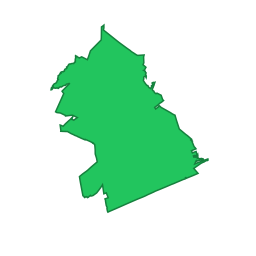 the district of Mapastepec, Chiapas, Mexico, rotated 293°
{"feature_id": "50627088B6586948636564", "entity_name": "Mapastepec", "entity_type": "district", "adm_level": 2, "iso_a3": "MEX", "parent_name": "Mexico", "parent_adm1": "Chiapas", "projection": "orthographic", "projection_center": [-92.868, 15.447], "detail": "fine", "context": "isolated", "style": "filled", "palette": "green", "viewbox_px": 256, "rotation_deg": 293, "n_neighbors": 0, "source": "geoboundaries", "source_scale": "gbopen_adm2", "svg_char_len": 5716}
<svg xmlns="http://www.w3.org/2000/svg" viewBox="0 0 256 256"><g transform="rotate(293 128 128)"><path d="M171.1,145.7L171.4,141.1L171.3,140.9L170.8,140.6L170.5,140.4L170.8,139.1L170.9,138.6L171.0,138.4L172.0,137.4L172.1,136.6L172.4,135.8L172.7,135.5L173.4,135.3L173.9,135.1L174.7,135.3L176.1,135.2L177.6,135.2L179.4,134.9L180.1,135.0L180.6,134.9L180.0,134.3L179.9,133.4L178.8,132.6L178.1,133.4L177.6,134.5L177.1,134.4L177.2,134.0L176.3,133.2L176.0,133.7L175.6,133.5L173.3,133.4L173.2,133.4L173.3,132.7L173.2,132.3L173.6,131.1L174.8,129.7L174.6,128.6L174.9,128.2L175.0,127.8L175.8,126.5L176.2,125.8L176.8,124.9L177.1,124.4L177.5,123.8L178.0,123.5L179.2,123.4L180.8,122.7L181.3,122.7L181.8,123.0L182.0,123.2L182.3,124.1L181.5,125.0L182.0,124.9L182.4,124.8L183.1,124.2L183.4,124.2L183.7,124.0L183.7,123.8L183.7,123.5L183.9,123.3L184.6,123.1L185.3,123.2L185.5,123.1L185.8,123.1L186.1,122.6L186.2,122.2L186.5,121.9L186.8,121.8L187.0,121.6L187.0,121.1L187.2,120.0L187.6,120.5L190.9,120.8L192.1,117.1L194.2,117.1L199.5,114.6L201.5,114.3L198.6,108.5L198.6,107.4L199.7,101.0L200.1,100.1L201.1,95.4L201.8,92.5L202.5,89.5L203.3,86.1L208.6,67.1L210.7,66.7L213.3,65.6L212.2,65.0L211.6,64.9L211.3,64.7L211.2,64.4L210.7,64.1L200.9,68.1L198.5,68.9L184.4,63.3L178.3,63.8L175.0,63.9L175.4,57.6L175.2,57.3L174.4,56.8L174.3,56.5L173.9,56.2L173.5,56.0L173.4,55.8L173.6,55.1L173.6,54.1L173.7,53.8L173.8,53.1L174.1,52.7L173.9,52.0L174.0,51.5L173.6,51.6L173.1,52.0L172.7,52.4L172.1,52.3L171.7,52.6L170.8,52.5L169.6,53.2L169.4,53.2L169.1,53.1L168.3,53.7L168.0,53.4L167.7,53.3L167.6,53.1L167.0,52.9L166.6,53.0L166.2,52.9L166.0,52.6L165.8,51.8L165.4,51.1L165.0,50.6L164.6,50.3L164.4,50.0L164.4,49.7L164.1,49.4L163.9,48.9L162.9,48.5L162.4,48.6L160.8,48.2L160.4,47.8L160.1,47.6L159.9,47.7L159.9,48.1L159.6,48.3L159.4,48.3L158.7,48.2L158.4,48.0L158.0,47.4L157.3,46.9L156.7,47.0L156.5,46.9L155.8,47.2L155.3,47.1L155.1,46.9L155.0,46.5L154.8,46.3L154.5,46.3L154.4,46.3L154.1,45.4L153.9,45.1L153.5,44.9L152.8,44.2L152.4,44.3L152.3,44.9L152.1,45.0L151.9,44.8L151.7,44.4L151.5,44.2L151.1,44.1L150.6,44.2L150.3,44.0L149.9,44.0L149.2,43.6L148.9,43.3L148.6,43.3L147.8,43.7L147.4,43.9L146.5,43.8L146.0,43.9L145.6,44.2L145.6,44.9L145.5,45.0L145.4,45.0L145.0,44.7L144.7,44.5L143.7,44.4L143.0,44.5L142.6,44.5L142.1,44.2L141.2,44.2L139.9,42.9L138.7,42.4L138.2,42.4L137.4,42.8L137.0,42.9L137.0,42.5L137.0,42.1L136.9,42.1L136.1,42.5L135.2,41.9L134.8,41.8L133.6,42.2L133.1,42.2L133.2,42.5L133.6,42.9L133.9,42.8L134.1,43.0L134.3,43.1L134.5,43.2L135.0,43.2L135.2,43.4L135.6,43.4L136.0,43.9L136.2,44.3L136.1,44.7L136.1,45.2L136.2,45.3L136.3,45.7L136.5,46.2L137.1,46.8L137.3,47.6L137.1,48.1L137.3,48.5L137.8,48.7L138.3,48.7L138.6,48.8L139.2,49.4L139.3,49.7L139.7,49.9L139.8,50.3L139.7,50.5L139.8,50.8L141.1,51.5L141.8,52.1L142.2,52.6L142.9,53.7L143.1,53.9L143.9,54.0L144.4,54.3L144.7,54.7L145.0,55.5L145.7,56.0L145.9,56.5L146.5,57.0L136.1,52.9L134.6,55.4L114.6,55.0L114.4,56.5L115.4,59.9L115.1,65.8L114.7,65.9L118.0,71.6L117.6,72.8L118.1,72.8L117.8,77.3L114.0,75.0L114.1,74.2L113.9,72.8L117.0,72.8L113.2,71.5L111.7,70.7L107.5,68.8L104.2,67.6L104.3,65.2L104.2,64.4L99.4,67.2L98.7,67.4L101.1,73.8L100.6,77.9L100.6,80.1L100.4,82.4L100.6,83.6L100.4,85.0L100.4,87.3L100.3,88.6L100.3,89.6L100.3,90.5L100.3,93.1L100.8,93.1L100.8,97.5L100.6,101.7L100.2,101.6L99.9,103.7L98.2,104.7L95.1,106.3L91.5,107.9L91.0,108.2L88.1,110.7L84.8,112.9L77.4,109.2L73.4,107.4L71.4,106.3L70.5,105.7L67.8,104.1L64.3,102.3L59.1,105.6L48.0,113.0L47.9,113.9L47.7,114.3L47.4,114.6L47.1,114.9L47.0,115.2L47.1,115.4L47.3,115.5L47.9,115.6L48.1,115.9L48.2,116.5L48.3,116.7L48.7,116.9L48.4,117.5L48.1,117.8L48.1,118.0L49.2,118.8L49.8,118.9L50.5,119.3L51.2,119.7L50.8,120.1L51.2,121.0L52.2,122.2L56.0,124.5L59.8,125.5L62.9,126.2L65.8,126.7L64.2,127.7L58.0,131.5L59.8,133.4L56.1,137.0L53.7,134.5L52.7,135.5L51.7,136.0L48.4,138.1L47.2,139.2L47.1,139.4L46.7,139.8L46.3,140.0L45.6,140.1L43.5,141.5L42.7,142.4L44.0,143.5L50.2,149.4L58.1,156.8L66.0,164.3L70.8,169.1L72.3,170.5L75.0,172.8L76.0,173.8L79.4,176.9L80.4,177.7L83.8,181.1L88.6,185.8L93.3,190.3L94.5,191.6L98.4,195.3L98.5,195.5L98.9,195.8L102.1,198.9L103.4,200.4L104.0,200.9L104.3,201.0L104.5,200.9L104.5,200.6L104.8,200.3L105.0,200.5L105.0,200.8L104.9,201.2L104.7,201.3L104.7,201.6L105.1,201.9L109.8,206.6L113.6,210.2L116.5,204.3L124.0,209.0L125.9,210.6L126.2,211.0L126.5,211.3L128.3,212.5L129.0,213.7L129.4,214.1L129.8,214.2L130.7,213.6L129.0,211.8L128.1,210.5L126.9,209.5L126.2,208.6L125.8,208.3L124.0,206.7L123.4,205.8L122.5,205.1L121.0,203.5L124.9,203.6L125.0,204.2L124.8,204.2L124.3,203.8L124.3,204.3L124.9,204.7L125.2,205.0L125.6,205.8L125.9,206.0L126.3,206.6L126.9,207.2L129.2,209.9L129.0,209.6L128.9,208.9L128.7,208.6L128.7,208.4L128.8,208.0L128.7,207.6L128.5,207.1L128.2,206.9L127.8,206.4L127.8,206.0L127.5,205.5L127.5,205.3L127.8,204.6L127.3,203.6L127.5,203.4L127.8,203.3L128.5,203.6L128.8,203.5L129.0,203.3L129.4,203.1L129.7,202.8L129.8,202.9L129.9,203.1L130.4,202.8L130.1,202.8L130.0,202.5L129.7,202.2L128.6,202.2L128.4,202.0L128.0,202.0L127.6,201.7L127.3,201.1L127.3,200.7L127.4,200.3L127.3,200.2L127.1,200.2L126.9,200.0L127.0,199.8L127.9,199.1L128.7,200.0L128.4,200.4L128.9,200.8L129.4,201.5L129.9,201.6L130.1,201.8L130.5,202.0L133.0,199.8L130.2,197.0L131.9,195.3L135.4,198.7L136.3,197.1L136.6,196.2L140.9,191.9L141.1,192.1L141.4,190.8L141.9,191.2L142.1,190.6L142.4,190.9L142.5,190.9L143.7,187.2L144.2,185.7L144.6,183.8L146.1,178.9L147.1,175.6L153.9,169.7L157.1,167.1L157.6,166.5L158.1,166.4L158.3,163.4L158.7,161.3L159.9,150.5L159.9,150.4L160.7,148.3L160.2,147.9L160.1,148.2L156.3,146.0L157.4,144.5L161.8,147.0L163.2,147.6L164.7,148.7L167.2,150.0L167.7,148.8L171.1,145.7Z" fill="#22c55e" stroke="#15803d" stroke-width="1.5"/></g></svg>